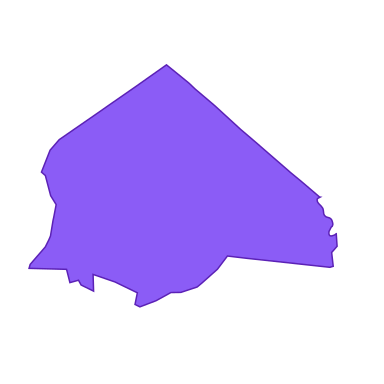 outline of Orange, New York, United States of America, rotated 189°
{"feature_id": "52423323B72877265814635", "entity_name": "Orange", "entity_type": "district", "adm_level": 2, "iso_a3": "USA", "parent_name": "United States of America", "parent_adm1": "New York", "projection": "orthographic", "projection_center": [-74.423, 41.388], "detail": "fine", "context": "isolated", "style": "filled", "palette": "violet", "viewbox_px": 384, "rotation_deg": 189, "n_neighbors": 0, "source": "geoboundaries", "source_scale": "gbopen_adm2", "svg_char_len": 1089}
<svg xmlns="http://www.w3.org/2000/svg" viewBox="0 0 384 384"><g transform="rotate(189 192 192)"><path d="M331.0,166.2L324.2,158.3L324.6,145.5L324.8,142.3L324.9,126.4L325.9,122.4L328.3,114.8L340.5,95.2L341.0,91.1L309.9,95.2L303.8,96.0L298.4,83.4L290.3,87.1L287.0,82.8L273.7,78.7L276.8,95.1L254.0,91.1L230.2,83.9L230.7,72.0L225.5,70.4L210.5,79.0L197.1,89.4L187.3,91.1L172.0,99.0L167.9,103.7L154.8,119.7L147.0,134.3L126.9,135.1L44.0,139.2L40.9,140.7L44.6,154.1L40.2,161.1L43.0,173.3L43.2,173.2L44.5,171.8L47.1,170.5L48.2,170.3L49.1,170.5L49.8,171.2L50.2,172.1L50.4,172.9L50.5,174.5L49.0,179.1L48.1,180.1L47.8,181.8L48.1,183.2L49.0,185.2L49.9,186.6L50.8,187.3L52.0,187.9L55.6,188.4L57.4,189.5L58.4,190.9L59.5,194.7L60.2,196.3L62.1,198.2L65.2,200.5L66.6,202.0L67.2,203.8L67.1,204.9L66.6,205.5L64.6,207.0L65.2,207.0L85.1,219.2L97.8,226.7L138.0,251.8L153.7,261.4L183.0,280.8L187.4,283.5L204.7,294.0L211.8,298.9L220.0,303.7L237.1,313.6L264.2,287.2L287.6,264.8L298.5,254.3L331.3,223.0L338.7,211.1L343.8,188.1L339.4,185.3L331.0,166.2Z" fill="#8b5cf6" stroke="#5b21b6" stroke-width="1.5"/></g></svg>